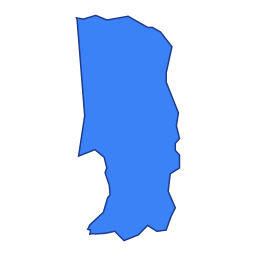 St Remy Estate, Soufrière, Saint Lucia (Robinson projection)
{"feature_id": "8701671B98989854041717", "entity_name": "St Remy Estate", "entity_type": "district", "adm_level": 2, "iso_a3": "LCA", "parent_name": "Saint Lucia", "parent_adm1": "Soufrière", "projection": "robinson", "projection_center": [-61.046, 13.818], "detail": "fine", "context": "isolated", "style": "filled", "palette": "blue", "viewbox_px": 256, "rotation_deg": 0, "n_neighbors": 0, "source": "geoboundaries", "source_scale": "gbopen_adm2", "svg_char_len": 794}
<svg xmlns="http://www.w3.org/2000/svg" viewBox="0 0 256 256"><path d="M78.6,156.1L94.9,149.6L104.2,157.3L106.8,167.9L105.1,172.7L109.3,185.3L110.1,194.9L107.6,197.8L103.4,212.3L89.9,224.8L87.7,229.3L88.0,229.4L88.6,229.6L89.4,229.8L90.0,229.7L90.4,229.7L90.4,231.7L89.8,234.2L92.0,233.7L95.8,233.9L105.3,233.3L114.8,231.3L124.0,240.6L138.4,234.8L147.6,225.4L156.9,231.3L162.1,230.6L166.1,230.1L171.2,216.0L175.3,207.8L172.3,200.8L168.2,191.4L170.2,173.8L179.5,167.9L179.5,155.1L175.3,150.4L175.3,143.3L176.8,141.7L179.5,138.6L176.4,125.7L178.4,112.8L167.5,85.5L166.2,82.1L166.2,74.0L166.2,72.7L171.9,46.8L160.5,32.0L152.4,27.4L147.6,27.4L143.6,25.1L128.1,16.3L107.0,20.0L95.7,15.4L83.5,19.1L76.5,17.9L77.1,19.7L84.7,115.8L78.6,156.1Z" fill="#3b82f6" stroke="#1e3a8a" stroke-width="1.5"/></svg>